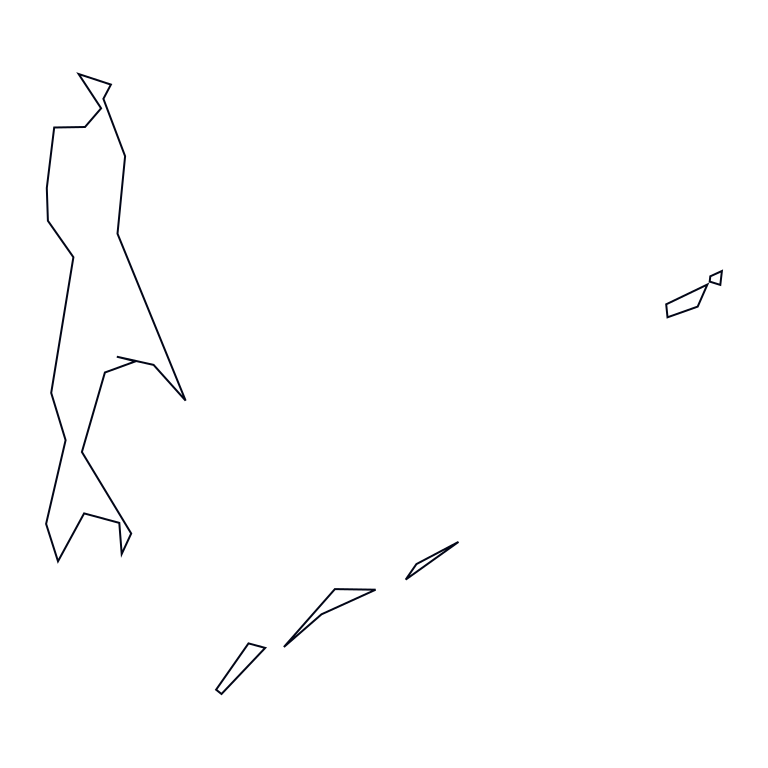 Sakhalin, Robinson projection
{"feature_id": "RUS-2616", "entity_name": "Sakhalin", "entity_type": "Region", "adm_level": 1, "iso_a3": "RUS", "parent_name": "Russia", "parent_adm1": "", "projection": "robinson", "projection_center": [146.417, 48.915], "detail": "coarse", "context": "isolated", "style": "outline", "palette": "ink", "viewbox_px": 768, "rotation_deg": 0, "n_neighbors": 0, "source": "natural_earth", "source_scale": "10m", "svg_char_len": 715}
<svg xmlns="http://www.w3.org/2000/svg" viewBox="0 0 768 768"><path d="M78.6,74.0L110.9,84.6L103.4,98.8L125.1,156.2L117.5,233.7L185.6,400.6L153.6,364.9L116.8,356.7L135.6,361.3L104.9,372.5L81.9,452.0L131.2,533.5L121.7,554.0L119.3,522.9L84.1,513.4L58.0,561.3L46.1,523.9L65.6,440.2L51.2,392.9L73.4,257.2L47.9,220.8L46.8,188.0L54.2,127.5L85.0,127.0L101.1,108.3L78.6,74.0ZM375.6,589.7L321.5,614.3L283.9,647.0L334.9,589.1L375.6,589.7ZM707.4,284.5L697.7,306.6L667.5,317.3L666.2,304.3L707.4,284.5ZM265.2,647.9L221.5,694.0L216.1,689.7L248.5,643.4L265.2,647.9ZM416.4,564.1L458.5,541.9L405.7,579.6L416.4,564.1ZM721.9,271.0L720.3,284.9L709.7,281.6L710.3,276.3L721.9,271.0Z" fill="none" stroke="#020617" stroke-width="2"/></svg>